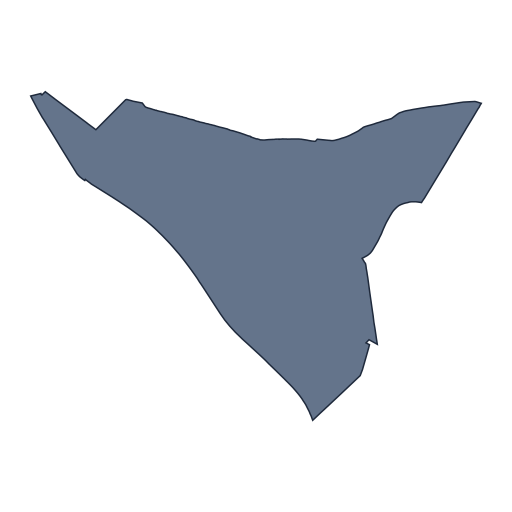 Alblasserdam, Zuid-Holland, Netherlands (Robinson projection)
{"feature_id": "6326949B80110375564043", "entity_name": "Alblasserdam", "entity_type": "district", "adm_level": 2, "iso_a3": "NLD", "parent_name": "Netherlands", "parent_adm1": "Zuid-Holland", "projection": "robinson", "projection_center": [4.666, 51.86], "detail": "fine", "context": "isolated", "style": "filled", "palette": "slate", "viewbox_px": 512, "rotation_deg": 0, "n_neighbors": 0, "source": "geoboundaries", "source_scale": "gbopen_adm2", "svg_char_len": 5917}
<svg xmlns="http://www.w3.org/2000/svg" viewBox="0 0 512 512"><path d="M312.7,420.3L320.5,412.9L330.2,403.9L343.5,391.4L360.2,375.6L362.5,369.5L366.0,357.3L368.6,348.1L369.5,344.7L366.0,342.9L369.0,339.7L377.3,344.3L376.9,341.8L376.9,341.5L376.5,339.2L375.9,334.9L375.9,334.7L375.8,334.3L374.9,328.2L373.9,322.3L373.1,315.5L372.6,312.3L369.8,292.7L367.8,277.8L367.1,273.5L367.0,272.6L366.2,268.1L366.2,267.7L365.8,264.8L365.5,264.1L365.5,263.5L364.4,262.1L363.7,260.8L362.1,258.3L363.9,257.4L366.1,256.2L367.3,255.5L368.3,254.8L368.9,254.3L369.6,253.7L370.4,253.0L371.2,252.0L372.3,250.6L373.2,249.1L377.7,241.4L378.8,239.2L379.7,237.2L380.9,234.9L381.8,232.9L382.2,231.8L382.7,230.6L383.3,229.1L385.8,223.6L386.2,222.8L387.0,221.3L389.8,216.3L390.7,214.8L391.4,213.7L392.1,212.5L393.1,211.1L394.3,209.7L395.9,208.1L397.2,206.9L397.6,206.6L398.7,205.7L399.9,205.1L400.9,204.6L402.2,204.1L403.8,203.5L404.6,203.3L405.2,203.1L407.1,202.7L407.7,202.6L409.6,202.0L410.3,201.9L410.8,201.9L411.5,201.8L413.1,201.8L416.0,201.8L418.5,202.1L420.5,202.4L421.5,202.6L422.2,201.4L423.3,199.8L423.5,199.4L424.1,198.7L446.6,161.5L451.6,152.9L454.2,148.7L465.4,129.9L466.0,128.8L471.6,119.6L475.3,113.4L478.1,108.7L479.1,107.3L479.5,106.5L480.1,105.2L480.8,104.2L481.3,103.3L479.5,102.8L478.7,102.5L477.1,102.0L476.3,101.8L475.6,101.6L475.0,101.5L474.4,101.5L465.0,102.0L463.1,102.1L462.0,102.3L460.4,102.5L455.8,103.2L449.8,104.1L443.3,105.2L442.2,105.3L440.4,105.6L437.4,105.9L434.7,106.2L432.2,106.5L429.8,106.8L429.3,106.8L427.0,107.2L424.7,107.6L421.8,108.0L418.2,108.6L415.2,109.1L412.8,109.5L410.0,110.1L407.5,110.5L405.5,110.9L403.7,111.4L401.5,112.2L399.7,112.8L398.7,113.3L396.8,114.6L394.7,116.2L392.8,117.6L391.4,118.6L390.1,119.0L387.9,119.7L385.4,120.3L383.1,121.0L381.5,121.5L379.3,122.3L376.7,123.0L374.2,123.9L371.3,124.8L368.7,125.5L366.3,126.2L364.5,126.8L363.3,127.3L362.2,128.2L360.6,129.3L358.7,130.7L357.3,131.5L353.6,133.4L352.1,134.1L350.5,135.0L348.5,135.9L346.8,136.6L344.9,137.3L343.7,137.7L342.2,138.1L340.7,138.6L339.6,139.0L338.7,139.3L337.8,139.5L335.9,140.0L335.1,140.2L334.3,140.4L333.5,140.5L332.8,140.6L332.1,140.6L331.2,140.6L330.6,140.5L329.8,140.4L328.4,140.3L317.3,139.2L315.5,141.2L314.6,141.3L312.6,141.1L311.5,141.0L311.0,140.9L310.9,140.8L310.5,140.8L308.3,140.4L307.0,140.1L305.7,139.9L304.4,139.7L303.2,139.5L302.4,139.4L301.2,139.2L300.6,139.2L299.7,139.1L298.7,139.0L297.1,139.0L294.8,139.0L294.2,139.0L291.3,139.0L289.9,139.1L288.6,139.1L288.0,139.1L287.2,139.2L286.9,139.0L285.6,139.0L284.9,139.0L284.2,139.0L283.4,139.0L283.0,138.9L282.1,139.0L281.6,139.0L280.9,139.2L280.4,139.1L279.6,139.1L279.5,139.3L279.3,139.3L278.7,139.3L278.5,139.1L275.3,139.2L274.2,139.4L273.3,139.4L268.8,139.6L268.5,139.6L266.6,139.8L264.7,140.0L263.3,140.0L262.9,140.0L261.3,139.9L260.6,139.9L260.1,139.8L259.1,139.4L257.3,138.9L257.1,138.9L256.7,138.9L256.4,138.9L256.1,138.8L252.7,137.6L251.1,137.1L251.2,136.9L250.9,136.7L250.7,136.7L250.4,136.4L250.2,136.3L248.1,135.8L243.2,134.0L242.8,133.9L242.5,133.8L240.0,132.9L236.6,131.9L233.0,130.8L232.5,130.7L231.3,130.5L230.6,130.3L230.1,130.2L229.6,130.0L229.2,129.7L228.7,129.5L228.3,129.5L228.2,129.4L227.8,129.2L227.5,129.0L227.0,128.9L224.7,128.3L223.6,128.0L221.5,127.5L219.7,127.1L218.0,126.6L216.2,126.1L215.6,125.9L215.0,125.7L214.5,125.5L214.0,125.4L213.4,125.3L210.8,124.6L209.9,124.5L209.6,124.4L209.0,124.2L207.8,123.8L207.4,123.8L206.8,123.7L206.3,123.6L205.5,123.4L205.0,123.3L204.4,123.0L203.9,122.9L201.2,122.3L200.1,122.1L199.7,122.0L198.1,121.4L197.7,121.4L197.2,121.3L196.5,121.1L195.2,120.7L194.3,120.2L194.1,120.1L193.8,120.0L193.3,119.9L193.1,119.8L192.8,119.7L192.1,119.6L191.2,119.4L190.5,119.3L189.9,119.2L189.5,119.1L189.1,118.9L188.7,118.8L188.5,118.7L188.2,118.7L187.9,118.6L187.7,118.6L187.3,118.4L186.8,118.1L186.3,117.9L184.9,117.6L184.5,117.5L183.9,117.4L183.4,117.3L182.8,117.0L182.5,116.9L182.2,116.8L181.9,116.7L180.5,116.5L180.1,116.4L179.4,116.1L178.9,116.1L178.6,115.9L178.0,115.8L172.7,114.3L172.2,114.3L171.3,114.1L170.4,114.0L169.9,113.9L168.9,113.6L168.4,113.5L167.9,113.5L167.5,113.4L167.2,113.3L166.6,113.0L165.9,112.8L165.0,112.5L164.2,112.3L163.9,112.2L163.6,112.1L163.3,112.1L162.7,112.0L162.4,111.9L161.4,111.6L160.4,111.5L158.5,111.0L157.0,110.6L156.4,110.3L156.2,110.3L156.0,110.2L155.8,110.3L155.6,110.3L154.3,109.8L153.1,109.5L152.0,109.1L150.1,108.5L148.4,108.1L146.4,107.4L145.9,107.2L145.6,107.0L145.3,106.8L145.0,106.6L144.7,106.2L144.4,105.8L143.5,104.6L142.3,103.0L132.5,101.1L132.1,100.9L127.6,99.7L127.4,99.6L127.0,99.5L126.8,99.5L126.6,99.5L126.4,99.5L126.2,99.6L125.8,99.8L125.6,99.8L125.3,100.1L95.9,129.7L87.8,123.7L87.1,123.1L83.5,120.4L82.3,119.5L75.9,114.7L62.1,104.4L56.6,100.3L47.0,93.0L46.4,92.6L45.8,92.1L45.3,91.7L43.6,93.3L42.0,94.9L41.3,94.7L40.9,93.5L30.7,96.0L31.9,98.4L37.1,108.3L38.8,111.3L42.4,117.6L43.1,118.6L45.7,122.8L51.7,132.5L59.3,145.0L59.9,146.1L60.1,146.4L61.9,149.3L77.0,173.7L78.5,175.5L79.9,176.9L81.7,178.3L83.3,179.5L84.8,180.5L85.3,179.4L86.6,180.4L90.2,183.1L90.9,183.7L91.6,184.2L92.4,184.7L105.9,193.1L110.7,196.1L119.1,201.5L122.8,204.0L129.4,208.4L132.7,210.8L136.0,213.2L142.9,218.3L145.1,220.0L146.3,220.9L148.4,222.7L151.2,225.1L154.0,227.6L157.2,230.6L159.5,232.9L161.5,234.8L162.8,236.1L164.7,238.1L167.7,241.2L169.4,243.0L172.9,246.9L176.6,251.2L179.3,254.3L181.7,257.3L183.9,260.1L186.1,263.0L188.3,265.9L190.8,269.3L193.4,272.9L195.4,275.7L197.4,278.6L199.5,282.0L201.4,284.7L203.1,287.3L220.3,313.7L224.8,320.1L229.8,326.2L235.5,332.4L241.0,337.7L242.3,339.0L247.6,343.8L252.5,348.3L257.4,352.8L261.3,356.4L265.8,360.7L269.0,364.0L273.8,368.6L278.0,372.7L283.1,377.7L286.5,381.1L290.1,384.7L292.7,387.4L295.5,390.6L297.3,392.7L297.8,393.3L299.7,395.7L300.8,397.2L302.1,399.0L303.2,400.8L304.5,402.7L305.8,404.8L307.5,408.2L309.3,411.7L310.1,413.8L311.1,415.9L312.0,418.4L312.7,420.3Z" fill="#64748b" stroke="#1e293b" stroke-width="1.5"/></svg>